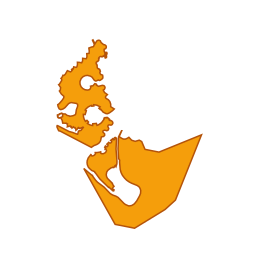 outline of 66, Ad Dawhah, Qatar, rotated 247°
{"feature_id": "91078587B46503062575408", "entity_name": "66", "entity_type": "district", "adm_level": 2, "iso_a3": "QAT", "parent_name": "Qatar", "parent_adm1": "Ad Dawhah", "projection": "orthographic", "projection_center": [51.544, 25.36], "detail": "fine", "context": "isolated", "style": "filled", "palette": "amber", "viewbox_px": 256, "rotation_deg": 247, "n_neighbors": 0, "source": "geoboundaries", "source_scale": "gbopen_adm2", "svg_char_len": 5847}
<svg xmlns="http://www.w3.org/2000/svg" viewBox="0 0 256 256"><g transform="rotate(247 128 128)"><path d="M43.1,143.5L93.0,193.0L93.7,147.1L101.7,135.3L110.2,135.3L112.4,133.6L112.9,129.4L115.3,126.6L119.1,125.2L118.8,123.2L118.8,121.3L119.5,119.6L120.6,118.5L122.9,116.8L123.9,116.9L127.9,121.2L128.0,121.0L123.5,115.8L112.8,110.7L103.3,107.4L101.7,107.8L99.9,106.9L92.8,104.6L89.6,104.2L86.5,104.4L83.1,105.3L80.6,106.3L78.0,107.9L75.8,109.7L71.5,114.0L69.5,115.2L67.7,115.5L65.5,115.3L62.9,114.0L61.0,112.1L57.5,107.6L55.7,104.2L55.2,101.4L55.5,99.7L56.0,98.2L58.5,95.8L60.2,94.8L67.9,91.8L69.9,90.3L72.3,87.7L74.6,86.0L82.9,82.9L90.1,78.7L92.6,77.8L97.3,76.7L98.3,76.8L98.8,76.2L108.0,71.5L44.3,78.5L33.2,94.9L38.5,130.3L43.1,143.5ZM144.2,83.8L144.5,81.2L142.0,79.3L142.0,79.0L145.7,75.1L147.8,72.4L157.4,64.4L157.9,63.8L157.6,63.4L156.5,63.0L152.8,63.1L152.2,63.4L151.8,64.2L124.5,86.7L125.1,89.7L125.0,92.8L125.3,94.8L125.7,95.9L126.9,97.7L130.2,100.0L129.7,102.3L130.4,103.7L131.8,104.2L134.0,103.3L134.6,103.5L135.2,104.1L135.1,105.7L133.7,107.5L133.9,109.1L135.1,110.1L137.3,110.0L138.2,110.7L138.3,111.8L137.5,113.0L137.2,113.9L137.4,114.9L138.4,116.0L139.4,116.2L140.4,116.0L141.4,115.3L142.3,113.9L143.0,113.9L143.2,114.4L144.5,113.8L144.5,113.5L145.4,113.4L145.9,113.0L146.1,112.5L145.8,112.1L146.6,111.0L146.4,109.7L145.7,109.8L143.8,106.7L143.1,105.2L142.5,102.2L142.5,100.5L144.6,100.7L145.7,97.2L144.1,96.4L144.6,95.6L145.7,94.2L148.0,92.4L148.9,94.0L151.1,93.2L150.7,91.4L153.4,91.1L155.6,91.4L158.0,92.2L157.1,93.8L160.2,96.4L161.3,95.6L162.1,97.0L163.0,99.8L163.1,102.7L163.0,103.4L162.2,103.2L161.6,105.2L162.8,105.6L161.2,108.2L158.4,110.6L157.5,108.9L155.8,109.7L156.0,110.2L152.3,111.3L149.8,113.4L149.1,114.8L149.2,116.9L150.0,120.5L150.9,122.8L154.4,120.4L156.7,121.4L159.5,121.6L161.8,120.9L163.8,119.4L164.6,119.2L165.2,119.3L165.9,119.9L166.8,122.1L169.8,120.3L172.0,120.0L172.6,120.1L172.8,121.4L174.0,122.6L175.3,122.8L176.4,122.4L177.3,121.1L177.9,117.1L179.7,115.7L180.2,116.1L180.9,115.9L181.8,114.8L180.5,112.1L181.1,110.6L181.1,109.9L180.8,110.0L179.9,109.6L178.6,108.2L178.4,107.1L178.8,105.4L180.1,103.3L182.0,101.8L184.4,100.9L187.1,101.0L189.5,101.9L191.8,104.2L192.8,106.7L192.9,109.0L192.3,111.2L190.4,113.7L188.8,114.8L185.2,115.6L184.0,116.4L183.7,117.2L183.8,119.4L182.9,120.3L182.8,121.1L183.3,123.4L183.7,124.2L184.7,124.8L186.5,125.3L187.5,124.5L187.7,123.9L188.7,123.6L190.1,123.7L190.7,124.6L191.3,124.5L192.0,124.9L192.3,124.6L193.0,124.8L193.4,124.6L193.4,124.3L194.1,124.1L194.6,123.4L194.9,123.3L196.1,123.4L197.8,124.1L198.3,123.9L198.8,124.2L199.5,123.8L200.4,124.1L201.0,124.6L201.0,125.3L201.3,125.6L201.1,126.3L201.5,126.8L201.6,127.4L202.4,127.7L203.0,128.4L203.4,128.1L204.0,128.5L204.6,129.9L204.6,130.7L204.0,131.2L204.0,132.0L203.6,132.1L203.5,132.4L203.8,133.0L203.5,133.4L203.5,133.7L203.9,133.7L204.1,134.0L203.9,135.2L203.5,135.2L201.7,134.3L201.3,134.4L201.2,135.0L201.7,135.5L201.5,135.8L202.2,136.2L202.3,135.9L204.6,137.2L204.4,137.5L205.0,137.9L205.2,137.5L206.0,137.8L206.3,137.2L204.4,135.8L204.6,135.4L205.9,136.0L208.2,136.1L209.8,136.8L209.8,138.4L210.4,139.3L211.3,139.8L212.4,139.9L213.7,139.1L214.2,138.2L217.2,136.6L219.0,136.6L220.2,135.6L220.5,133.9L220.2,133.1L218.4,130.5L222.8,130.2L222.7,129.6L218.6,129.7L218.1,129.6L216.7,128.4L216.4,127.8L216.8,126.0L216.9,123.2L214.0,122.4L211.9,121.3L212.6,119.1L209.9,118.2L208.5,117.1L208.1,116.5L209.9,113.5L207.5,112.4L206.1,110.8L207.4,108.9L208.3,107.1L206.4,106.4L204.4,105.0L204.0,104.1L205.5,101.9L203.8,100.7L203.6,99.9L204.2,99.7L203.7,98.8L202.9,99.1L202.2,97.7L202.1,97.0L204.5,94.6L202.0,91.3L201.5,89.9L201.5,89.3L202.0,88.8L200.1,86.6L199.9,85.7L198.7,86.0L197.6,85.5L195.1,81.9L195.0,81.1L191.6,81.8L189.3,80.4L188.9,79.3L185.3,79.9L182.3,81.3L181.6,81.1L180.7,80.4L179.2,78.1L177.3,74.2L176.9,72.4L175.0,72.0L172.6,72.1L171.3,73.1L171.1,73.7L170.9,75.8L171.4,78.1L173.6,82.7L173.8,84.1L173.6,85.7L170.7,90.2L169.4,90.8L168.4,90.5L167.4,89.9L165.0,87.6L161.4,85.4L160.8,84.5L160.8,82.1L161.5,79.0L161.8,79.0L163.4,76.9L165.5,75.7L166.3,73.8L167.6,72.8L167.8,70.3L167.2,69.2L167.1,69.5L167.5,70.4L167.3,72.6L167.1,73.0L166.0,73.2L164.0,72.2L164.0,69.2L164.5,68.2L165.6,67.9L168.2,68.5L167.3,68.0L165.5,67.5L164.6,67.8L164.0,68.4L163.6,70.1L160.7,70.4L158.0,69.8L156.4,73.2L155.4,73.9L154.9,73.3L154.0,73.4L152.8,72.6L152.5,75.6L152.0,76.0L151.4,75.7L151.3,76.4L149.8,76.4L150.4,78.3L149.1,78.7L149.0,79.4L147.3,79.5L146.3,79.2L146.8,80.8L147.9,82.5L147.6,82.9L146.9,82.8L146.4,83.3L146.4,86.9L146.0,87.1L144.2,83.8ZM116.0,79.7L113.9,77.7L112.2,76.8L110.1,76.2L107.3,76.2L105.6,76.8L103.1,78.0L101.3,79.8L100.3,80.3L99.9,80.3L99.5,79.7L99.6,80.3L99.2,80.5L92.0,82.2L80.9,86.9L81.0,87.3L76.1,89.5L75.8,89.9L75.8,90.5L76.7,91.0L77.3,90.4L76.9,90.0L77.5,89.8L78.3,89.9L79.5,91.5L79.6,92.2L79.2,92.5L81.1,92.0L83.2,91.8L83.3,92.0L89.7,89.4L91.6,89.3L93.5,89.7L95.9,91.3L97.0,93.1L97.9,96.7L97.7,98.4L97.3,99.1L97.7,99.2L97.4,99.8L97.4,101.5L97.6,100.6L98.4,101.2L98.6,102.4L98.4,102.6L97.9,102.5L99.3,103.7L101.8,104.9L113.4,108.8L122.7,113.3L123.3,113.3L124.2,112.7L124.4,111.8L124.3,111.5L124.3,112.1L123.4,112.1L122.6,111.0L122.8,110.1L123.3,109.7L123.9,109.8L124.0,110.3L124.2,110.2L123.4,107.2L123.2,107.3L123.4,107.9L122.2,107.9L121.3,107.2L121.0,106.3L121.2,105.4L121.7,104.8L122.3,104.7L122.6,105.4L121.4,102.2L121.2,102.3L121.5,102.9L120.4,103.2L119.3,102.4L118.9,101.4L119.4,100.1L119.7,99.8L120.1,100.4L120.3,100.2L118.9,98.5L119.1,98.9L118.5,99.3L117.8,99.4L117.8,98.9L117.5,98.7L117.5,99.4L115.8,99.4L114.7,98.5L114.1,97.2L114.0,95.1L114.8,93.5L115.6,93.0L116.4,93.0L116.6,93.1L116.7,94.3L116.8,92.7L117.4,90.3L118.0,88.7L118.6,87.7L117.9,88.4L117.4,88.3L116.8,87.7L116.1,86.4L116.1,84.5L116.5,83.7L117.5,83.2L118.4,84.0L116.0,79.7Z" fill="#f59e0b" stroke="#b45309" stroke-width="1.5"/></g></svg>